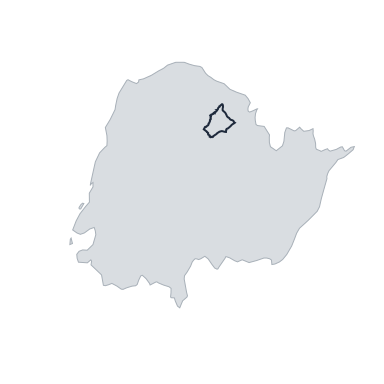 Kuleaen, Preah Vihéar, Cambodia shown in context, rotated 33°
{"feature_id": "14789045B31291956543174", "entity_name": "Kuleaen", "entity_type": "district", "adm_level": 2, "iso_a3": "KHM", "parent_name": "Cambodia", "parent_adm1": "Preah Vihéar", "projection": "equal_earth", "projection_center": [104.523, 13.796], "detail": "fine", "context": "in_parent", "style": "outline", "palette": "slate", "viewbox_px": 384, "rotation_deg": 33, "n_neighbors": 0, "source": "geoboundaries", "source_scale": "gbopen_adm2", "svg_char_len": 6512}
<svg xmlns="http://www.w3.org/2000/svg" viewBox="0 0 384 384"><g transform="rotate(33 192 192)"><path d="M303.4,65.5L304.1,68.8L302.3,74.9L300.4,80.4L296.7,85.3L296.6,88.8L295.3,99.5L295.8,102.9L296.7,105.8L297.9,107.3L301.1,117.7L304.1,127.2L307.0,135.0L307.5,140.0L304.9,152.4L301.9,163.9L302.2,169.6L303.5,175.4L305.0,183.0L305.5,192.8L304.8,199.2L303.4,203.1L300.8,207.2L298.5,209.3L295.7,205.8L293.5,205.7L290.6,206.7L288.2,208.3L283.5,214.3L278.3,220.1L271.0,221.5L268.2,225.8L265.2,226.4L259.4,226.7L255.6,227.7L255.8,229.8L255.5,240.1L255.6,242.4L255.0,243.1L252.4,243.4L248.0,241.8L242.0,239.3L237.8,238.9L235.6,243.4L234.3,245.1L232.7,245.4L231.0,246.2L230.5,248.1L230.3,250.6L231.2,254.9L231.5,261.7L231.3,266.3L232.8,269.2L242.0,279.0L244.7,281.5L245.0,282.9L243.4,288.3L244.8,295.8L242.0,295.6L237.2,292.4L234.9,290.4L232.1,292.0L231.2,291.7L229.3,288.0L226.9,284.2L224.3,284.0L219.0,285.5L213.6,286.5L211.5,286.5L210.7,287.2L207.5,292.8L206.2,291.8L200.7,289.7L195.7,288.9L194.7,290.3L195.3,294.9L196.4,299.4L195.8,301.3L193.0,303.6L189.4,307.9L187.2,311.2L185.6,312.0L180.1,311.8L174.6,312.3L172.4,315.4L170.3,317.8L168.5,318.5L161.3,310.8L147.0,308.1L145.5,304.7L144.1,304.0L142.8,308.4L135.0,312.7L131.7,310.1L129.3,307.0L129.6,303.2L131.9,300.1L135.8,297.9L137.6,290.1L134.6,280.2L132.1,277.3L129.3,275.0L126.4,278.7L124.0,285.0L121.4,288.3L117.9,289.0L112.6,288.8L110.6,279.3L109.9,271.2L110.7,261.9L111.5,256.4L106.5,248.9L106.2,241.7L103.8,238.0L103.0,239.9L103.1,241.9L102.4,240.4L94.5,219.3L93.2,209.5L94.6,202.0L95.4,199.5L93.1,195.5L89.9,191.0L84.2,185.1L83.9,175.8L82.6,164.8L80.9,161.1L78.3,154.4L76.9,148.7L76.5,133.9L77.2,132.7L81.3,132.3L86.4,131.3L87.3,128.9L86.4,126.9L89.7,123.5L94.4,116.2L98.1,108.5L100.8,103.7L102.4,98.9L107.7,92.1L115.0,87.4L120.0,86.3L125.2,84.7L130.2,82.4L132.5,82.2L138.7,85.0L142.0,85.7L145.5,85.6L149.2,85.9L152.3,85.6L159.9,83.7L167.9,85.2L175.1,84.0L183.9,81.8L188.3,83.2L192.3,85.4L192.8,89.9L193.7,92.0L195.1,93.6L196.8,93.6L199.1,90.4L201.0,87.2L201.6,86.6L201.7,88.2L202.6,91.7L204.3,95.1L206.0,97.4L208.9,100.5L210.7,100.6L216.8,97.7L225.9,101.9L227.0,104.0L229.9,108.3L233.1,111.3L240.2,111.5L242.7,104.0L241.5,99.5L237.4,91.5L236.3,86.8L237.6,85.9L244.4,85.1L245.5,84.1L247.0,79.0L248.9,79.6L252.7,80.2L256.7,76.7L259.0,73.0L260.3,74.7L261.8,77.3L263.3,78.8L266.2,81.0L269.4,84.2L271.4,87.2L273.0,88.4L277.1,87.6L278.1,87.7L280.5,84.0L282.1,81.9L283.5,82.5L285.6,82.5L289.8,77.7L292.2,73.3L293.5,72.2L297.4,74.3L298.9,73.9L301.0,67.9L303.4,65.5ZM107.9,266.8L107.2,267.4L106.4,267.4L105.7,266.5L105.7,263.1L106.3,261.0L107.6,260.6L107.9,266.8ZM119.8,300.3L118.2,302.6L115.7,297.9L115.7,296.5L119.8,300.3Z" fill="#d9dde1" stroke="#a8b0b8" stroke-width="1"/><path d="M169.8,101.9L169.7,102.0L169.6,102.4L169.4,102.6L169.2,102.5L169.1,102.8L169.0,103.0L169.0,103.3L168.9,103.5L168.9,103.8L168.8,104.0L168.7,104.1L168.7,104.5L168.7,104.8L168.7,105.0L168.7,105.4L168.5,105.5L168.4,105.5L168.5,106.0L168.3,106.4L168.3,106.5L168.2,107.2L168.3,107.4L168.4,107.8L168.5,108.1L168.6,108.3L168.6,108.5L168.6,108.8L168.5,109.1L168.5,109.3L168.3,109.4L168.3,109.5L168.2,109.6L168.3,109.6L168.4,109.8L168.4,110.0L168.3,110.3L168.4,110.5L168.5,110.5L168.4,111.2L168.4,111.5L167.9,112.0L167.7,112.3L167.7,112.5L167.8,112.6L168.1,113.0L168.2,113.3L167.9,113.3L167.5,113.2L167.4,113.2L167.3,113.4L167.2,113.6L167.2,113.9L167.1,114.1L167.0,114.6L167.2,114.8L167.3,114.9L167.2,115.0L167.0,115.3L166.9,115.5L166.7,115.6L166.6,115.8L166.6,116.0L166.5,116.3L166.4,116.5L166.1,116.4L166.0,116.5L166.0,116.9L166.0,117.2L165.9,117.3L165.6,117.6L165.6,117.8L165.6,118.1L165.8,118.2L166.0,118.2L166.3,118.2L166.5,118.1L166.8,118.3L166.9,118.5L166.9,118.8L167.0,118.9L167.0,119.0L167.1,119.5L167.1,119.8L167.3,120.0L167.6,120.3L167.8,120.4L167.9,120.5L168.0,120.5L168.1,120.9L168.0,121.2L167.9,121.2L167.8,121.4L167.8,121.5L167.8,121.8L167.9,122.0L168.1,122.3L168.3,122.5L168.4,122.9L168.5,122.9L168.6,123.3L168.6,123.7L168.6,123.8L168.7,124.1L168.7,124.4L168.8,124.5L168.8,124.9L168.7,125.1L168.6,125.3L168.6,125.5L168.7,125.9L168.8,126.0L169.1,126.3L169.2,127.2L169.2,127.3L168.9,127.6L168.8,128.0L168.7,128.1L168.7,128.3L168.6,128.5L168.5,128.8L168.5,129.0L168.5,129.3L168.5,129.5L168.4,129.7L168.3,129.8L168.2,129.9L167.9,129.9L167.8,130.0L167.7,130.1L167.7,130.3L167.5,130.5L167.5,130.8L167.6,131.2L167.6,131.3L167.6,131.5L167.7,131.8L167.7,132.0L167.8,132.0L167.9,132.3L167.8,132.5L167.7,132.5L167.7,132.8L167.8,132.9L167.8,133.0L169.0,133.1L169.5,133.1L169.9,133.2L170.7,133.2L171.1,133.3L171.4,133.3L171.7,133.5L171.8,133.4L172.2,133.6L172.4,133.6L172.6,133.6L172.9,133.6L173.0,133.6L173.3,133.7L173.3,133.8L173.4,134.1L173.6,134.3L173.8,134.5L174.1,134.8L174.2,134.7L174.3,134.8L174.5,134.9L174.7,135.0L174.8,135.0L175.1,135.0L175.8,134.9L176.0,134.9L176.1,135.0L176.3,135.4L176.5,135.4L176.5,135.5L176.8,135.8L176.8,136.0L177.0,136.0L177.0,135.9L177.3,135.8L177.4,135.7L177.5,135.6L177.8,135.5L178.1,135.3L178.3,135.3L178.4,135.2L178.5,135.2L178.7,134.9L178.8,134.9L178.8,134.7L178.8,134.8L178.9,134.7L179.0,134.7L179.3,134.5L179.3,134.4L179.5,134.3L179.4,133.9L179.5,133.7L179.5,133.4L179.7,133.0L179.8,132.8L179.9,132.4L180.0,132.3L180.4,131.2L180.5,131.0L180.7,130.7L180.8,130.4L181.0,129.9L181.0,129.4L181.0,129.2L181.5,128.0L181.8,127.5L181.9,127.1L182.1,126.6L182.4,126.4L182.5,126.3L182.6,126.0L182.9,125.6L183.3,125.2L183.7,124.9L183.8,124.7L184.3,124.5L184.7,124.3L185.2,124.2L185.4,124.1L185.8,124.0L186.2,123.8L186.4,123.8L186.6,123.7L187.3,123.4L187.8,123.1L187.5,122.6L187.4,122.4L187.2,122.1L187.2,121.8L187.1,121.5L186.9,121.3L186.7,121.0L186.7,120.8L186.7,120.6L186.7,120.2L186.8,120.0L187.4,119.3L187.5,118.9L187.7,118.4L188.1,117.2L188.2,116.7L188.4,116.1L188.5,115.6L188.6,115.0L188.6,114.7L188.7,114.2L188.9,113.6L189.4,112.4L189.4,112.2L189.7,111.8L190.0,111.2L190.2,110.6L189.7,110.6L189.4,110.6L189.2,110.5L188.9,110.3L188.4,110.0L187.9,109.8L187.4,109.8L186.9,109.8L186.5,109.9L186.2,110.0L185.9,110.1L185.7,110.1L185.2,110.3L184.8,110.3L184.5,110.3L184.2,110.2L183.5,110.0L182.9,109.7L182.5,109.7L181.7,109.7L181.5,109.8L181.3,109.8L181.0,109.7L180.3,109.5L179.9,109.3L179.4,109.0L178.9,108.6L178.2,108.2L177.3,107.7L177.1,107.6L176.6,107.4L176.3,107.3L176.1,107.3L174.3,107.0L173.9,107.0L173.7,106.9L173.3,106.8L173.0,106.5L173.0,106.4L172.7,106.0L172.5,105.7L172.3,105.4L172.0,104.6L171.8,104.1L171.7,103.8L171.6,103.7L171.2,103.1L170.9,102.7L170.5,102.3L170.2,102.1L169.8,101.9Z" fill="none" stroke="#1e293b" stroke-width="2"/></g></svg>